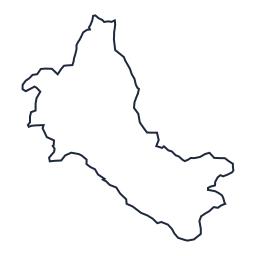 Tsada, Paphos, Cyprus (Robinson projection)
{"feature_id": "46923920B10097570546331", "entity_name": "Tsada", "entity_type": "district", "adm_level": 2, "iso_a3": "CYP", "parent_name": "Cyprus", "parent_adm1": "Paphos", "projection": "robinson", "projection_center": [32.485, 34.834], "detail": "fine", "context": "isolated", "style": "outline", "palette": "slate", "viewbox_px": 256, "rotation_deg": 0, "n_neighbors": 0, "source": "geoboundaries", "source_scale": "gbopen_adm2", "svg_char_len": 2029}
<svg xmlns="http://www.w3.org/2000/svg" viewBox="0 0 256 256"><path d="M32.5,74.9L29.3,78.3L25.8,80.6L22.6,84.9L22.6,89.2L25.8,91.2L34.6,86.6L36.5,87.7L40.3,91.7L36.5,98.2L35.6,103.6L35.6,110.5L31.0,112.2L30.0,116.6L30.0,122.4L27.9,125.0L28.8,126.8L31.3,125.8L35.8,125.4L43.6,125.1L42.6,128.2L46.8,137.1L54.0,140.4L53.7,145.1L52.7,145.9L54.6,148.7L54.1,151.9L49.1,157.6L49.8,161.3L54.7,160.8L61.2,160.5L65.2,155.4L71.3,152.7L78.9,154.1L81.8,155.6L86.6,159.6L86.5,164.1L90.5,167.1L95.0,169.3L98.0,174.5L104.5,178.8L103.0,179.7L106.2,181.4L109.7,184.9L116.3,187.5L118.0,190.2L120.1,193.5L126.2,199.3L126.6,203.8L130.7,205.6L132.8,206.6L141.1,212.9L147.3,215.4L152.7,218.7L157.3,223.2L161.3,222.0L167.9,224.6L172.1,229.2L174.4,233.5L178.1,237.8L184.6,239.9L187.4,240.6L194.0,239.4L200.8,233.9L200.8,228.8L199.4,221.0L201.1,216.3L205.9,213.1L209.1,211.3L211.0,209.6L213.7,207.1L217.9,207.8L221.2,205.4L225.2,203.8L224.7,203.2L223.2,197.8L222.0,195.4L218.9,193.2L215.2,191.2L208.0,189.9L208.0,187.9L210.5,186.6L215.0,185.4L215.2,181.9L217.7,177.3L220.4,175.2L223.1,176.3L227.4,174.7L232.1,172.3L233.4,170.4L232.9,167.0L232.9,163.8L228.8,161.2L224.9,158.2L219.4,158.1L214.2,157.9L209.5,152.8L205.2,154.0L199.9,157.0L194.5,158.1L190.7,158.0L188.5,159.5L184.9,161.1L182.7,159.9L178.9,156.5L175.7,155.3L171.7,151.3L168.4,150.4L163.9,146.3L162.1,147.9L156.3,146.1L158.7,140.0L157.0,132.7L151.9,132.7L147.0,132.5L143.5,127.8L139.8,122.4L138.3,113.8L134.0,107.9L134.5,102.2L136.5,96.9L138.0,93.3L138.9,88.9L137.4,87.8L135.8,84.6L134.5,78.9L131.7,74.1L129.9,68.7L125.3,60.7L123.9,57.1L115.2,50.1L113.9,39.3L114.1,35.9L114.1,32.3L114.6,29.3L115.2,24.7L114.8,20.4L111.5,21.9L108.9,21.4L106.9,21.5L104.2,22.0L102.4,20.0L98.6,18.2L95.3,15.4L93.1,15.9L92.3,20.3L90.6,24.6L89.0,27.4L89.9,29.5L87.1,29.8L83.1,32.4L81.3,36.5L79.4,40.1L78.0,42.1L76.5,45.2L76.5,49.3L75.2,54.6L74.0,58.4L73.6,61.4L72.4,65.1L66.1,65.5L63.9,65.8L61.1,69.1L57.7,74.3L51.9,68.8L45.3,68.6L40.8,69.0L37.2,74.2L32.5,74.9Z" fill="none" stroke="#1e293b" stroke-width="2"/></svg>